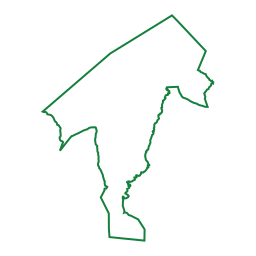 Florida, Copán, Honduras
{"feature_id": "27666195B95535378381933", "entity_name": "Florida", "entity_type": "district", "adm_level": 2, "iso_a3": "HND", "parent_name": "Honduras", "parent_adm1": "Copán", "projection": "albers", "projection_center": [-88.794, 15.139], "detail": "fine", "context": "isolated", "style": "outline", "palette": "green", "viewbox_px": 256, "rotation_deg": 0, "n_neighbors": 0, "source": "geoboundaries", "source_scale": "gbopen_adm2", "svg_char_len": 5815}
<svg xmlns="http://www.w3.org/2000/svg" viewBox="0 0 256 256"><path d="M59.9,150.7L69.9,138.1L71.7,136.1L72.6,135.9L76.2,134.1L78.9,133.0L80.0,132.3L81.5,131.6L82.6,130.9L85.7,129.7L86.8,129.5L88.1,128.7L89.1,128.0L89.8,127.7L91.7,127.3L94.5,127.4L94.9,127.2L95.3,127.3L95.8,127.6L96.0,128.1L96.7,131.2L96.4,132.1L96.4,132.7L95.8,133.9L95.7,135.7L95.6,137.2L95.4,138.1L95.1,138.9L95.2,140.4L95.4,142.5L95.8,144.4L95.9,144.6L97.0,145.7L97.3,146.2L97.1,147.2L97.1,147.8L97.3,148.3L97.4,149.2L97.3,149.8L97.5,151.7L97.6,151.9L97.9,152.2L98.2,152.8L98.2,153.5L98.1,154.8L98.6,156.1L98.5,158.4L98.7,161.4L98.5,162.2L98.1,163.6L98.0,164.5L98.1,165.3L98.4,166.0L98.9,166.7L99.1,167.1L99.2,167.6L99.2,168.2L100.0,169.0L100.3,169.5L101.3,171.3L101.6,172.4L102.6,174.4L103.3,177.5L103.7,178.7L104.1,180.3L104.8,181.4L104.6,182.7L104.8,184.3L105.1,185.5L105.4,185.8L106.9,186.5L107.3,186.9L107.0,187.4L106.1,188.6L104.9,188.5L104.7,188.6L104.5,188.8L104.4,189.6L104.5,190.3L100.8,197.4L108.8,213.4L108.9,229.4L109.5,237.1L144.4,240.6L144.6,229.4L138.2,219.4L130.5,215.5L128.9,215.2L128.6,215.0L127.8,213.9L127.4,213.5L126.7,212.8L126.0,212.6L125.0,212.6L124.5,212.4L124.1,212.6L124.4,211.5L124.3,210.8L124.0,209.4L122.8,206.0L122.9,202.1L123.0,201.2L123.2,200.1L122.8,198.2L122.7,197.4L122.8,196.9L122.9,196.6L123.2,196.6L123.8,197.2L123.9,197.5L124.0,197.9L124.1,198.2L124.6,198.4L125.2,198.4L126.0,198.3L126.5,198.1L127.2,197.6L127.9,197.3L128.6,196.5L128.7,196.3L128.7,196.1L128.3,195.5L127.1,194.5L125.5,193.6L125.3,193.4L125.3,193.2L125.6,192.7L127.1,191.5L127.4,191.1L127.5,190.7L127.2,189.8L127.2,188.8L128.7,188.3L129.0,188.1L129.2,187.9L129.2,187.5L129.2,187.2L129.0,186.7L128.5,186.1L128.4,185.9L128.5,185.6L128.8,185.4L129.2,185.5L129.4,185.7L129.6,186.1L129.9,186.3L130.2,186.2L130.4,185.9L130.4,185.3L130.2,185.0L130.1,184.8L129.9,184.9L129.4,185.1L128.9,185.3L128.7,185.2L128.4,185.0L128.2,184.6L128.1,184.3L128.3,183.8L128.7,183.1L128.8,182.7L127.5,182.9L127.1,182.4L127.1,182.0L127.2,181.8L127.4,181.7L128.1,181.6L128.7,181.3L129.2,181.4L129.8,181.7L130.2,181.8L130.6,181.8L131.3,181.6L132.2,181.3L133.2,180.4L133.9,180.3L134.6,179.9L134.9,179.6L134.9,179.2L134.8,178.8L134.4,177.9L134.3,177.5L134.5,177.4L136.1,177.5L136.5,177.4L136.6,177.2L136.3,176.3L136.1,175.7L136.2,175.3L136.5,175.2L137.0,175.3L137.5,175.4L138.1,175.8L138.7,175.9L139.1,175.9L139.5,175.7L139.9,175.4L140.5,174.4L140.9,174.0L141.1,173.2L141.1,172.5L141.2,172.3L141.4,172.2L141.7,172.2L142.5,172.6L143.0,172.6L143.5,172.3L144.0,171.7L144.5,171.7L144.8,171.5L146.6,169.4L147.0,168.5L147.2,167.7L147.4,167.7L147.7,167.8L147.9,167.7L148.4,167.4L148.4,167.2L148.1,166.3L147.7,165.6L147.7,165.4L147.8,165.3L148.4,165.4L149.3,165.3L149.3,165.1L148.2,163.7L148.1,163.2L148.0,162.6L147.9,162.3L147.2,161.4L146.3,160.5L145.8,159.5L145.6,158.7L145.7,158.1L145.3,157.2L145.3,156.8L145.1,156.0L145.3,155.5L145.3,154.7L145.5,154.0L145.5,153.5L145.9,152.9L145.9,152.5L145.9,152.3L146.3,152.0L146.1,151.5L146.1,151.3L146.5,151.0L146.8,150.6L147.5,150.3L147.6,150.1L147.5,149.7L148.3,149.2L148.6,147.2L148.8,146.8L148.9,146.0L149.3,145.6L149.9,143.8L150.4,142.9L150.4,142.0L150.4,141.6L150.3,141.3L150.2,140.9L150.6,139.3L151.2,138.1L151.5,136.7L152.0,135.9L152.1,135.0L153.1,134.3L153.4,133.8L153.4,133.3L153.3,132.8L152.7,131.7L152.7,131.4L152.8,131.2L153.7,131.4L153.8,131.4L153.8,130.5L154.3,129.6L154.2,129.2L153.9,128.8L153.8,128.4L153.9,127.9L154.3,127.3L154.3,125.0L154.6,124.1L154.9,123.4L155.8,123.1L156.3,122.5L156.6,122.4L156.8,122.1L156.9,121.9L157.3,120.7L157.5,120.2L157.9,119.8L158.5,119.3L158.9,118.6L159.0,118.2L158.7,117.7L158.5,117.2L158.3,115.6L158.4,115.2L158.5,115.0L159.0,114.9L159.6,114.7L159.8,114.4L159.8,113.9L160.1,113.6L161.1,113.3L161.3,113.1L161.4,112.7L162.0,112.0L162.0,111.2L162.2,110.8L162.2,110.3L162.0,109.8L161.6,109.2L161.4,108.5L161.4,107.7L161.6,107.5L162.1,107.4L162.0,106.4L162.1,104.6L162.8,102.6L162.9,101.8L162.9,100.8L163.0,100.7L163.3,101.1L163.5,100.6L163.7,100.3L164.6,99.4L164.9,99.0L165.2,98.8L165.3,98.6L165.1,98.2L165.3,98.2L165.5,98.0L165.1,97.1L165.1,96.9L165.4,96.1L165.7,95.4L166.0,95.2L166.3,95.1L167.6,95.0L167.6,94.8L167.5,94.7L168.1,94.3L168.2,94.1L168.0,93.3L168.2,93.2L168.6,93.3L169.1,93.3L169.4,93.2L169.6,92.9L169.5,92.5L169.1,91.7L169.1,91.3L169.2,91.0L169.1,90.9L168.1,90.7L168.0,90.3L167.6,90.2L167.8,89.8L167.5,89.4L167.2,89.5L166.7,89.5L166.4,89.3L166.3,88.9L166.4,88.4L166.9,87.3L177.9,86.8L178.4,88.8L179.2,91.2L179.5,92.4L180.6,94.1L181.5,95.8L181.6,96.1L182.2,96.9L182.9,97.4L183.7,97.9L184.9,98.2L186.2,98.7L188.8,100.0L190.6,101.4L191.1,101.5L193.7,102.8L194.6,103.1L195.9,103.4L197.0,103.8L199.0,105.0L201.3,105.6L202.9,105.9L203.9,106.4L205.1,106.8L206.0,106.9L207.6,106.9L204.8,98.5L205.3,97.2L205.3,96.8L205.2,96.3L204.7,95.3L204.7,94.4L204.3,93.8L204.2,93.4L204.3,93.2L204.6,93.0L205.0,92.6L205.3,91.8L206.1,91.2L206.8,89.7L207.2,89.5L207.9,89.3L208.5,89.0L208.9,87.8L209.3,87.1L210.5,86.2L210.8,85.8L211.1,85.3L211.1,84.3L211.4,83.6L211.7,83.4L212.0,83.3L213.1,83.6L213.3,82.5L213.0,81.9L212.7,81.5L212.4,81.3L212.1,80.7L211.8,80.8L211.5,81.2L211.1,81.2L210.4,80.4L209.3,79.7L209.1,79.2L209.0,78.7L208.4,78.3L206.9,76.6L206.5,76.2L206.0,74.8L205.8,74.2L205.5,74.1L205.0,74.0L204.6,73.9L202.8,73.0L202.5,72.7L200.7,72.0L200.4,71.8L200.2,71.2L199.8,70.8L199.5,70.7L198.5,70.5L198.1,70.2L197.9,70.1L205.8,51.1L177.8,21.3L172.0,15.4L110.2,53.5L42.7,111.6L43.7,112.0L45.3,112.0L46.3,112.3L46.8,113.0L47.3,114.2L47.7,114.4L50.1,114.8L51.6,115.5L52.8,116.8L53.7,118.3L54.3,119.9L55.1,121.5L55.9,121.9L56.6,122.7L57.0,123.7L57.3,124.9L58.1,125.0L58.7,125.3L59.8,127.1L60.6,128.2L60.6,128.6L60.3,129.7L60.2,130.5L60.5,132.7L60.7,135.9L60.3,136.7L59.6,137.4L59.6,138.2L60.2,140.2L61.0,140.8L62.5,141.5L63.1,142.1L59.9,150.7Z" fill="none" stroke="#15803d" stroke-width="2"/></svg>